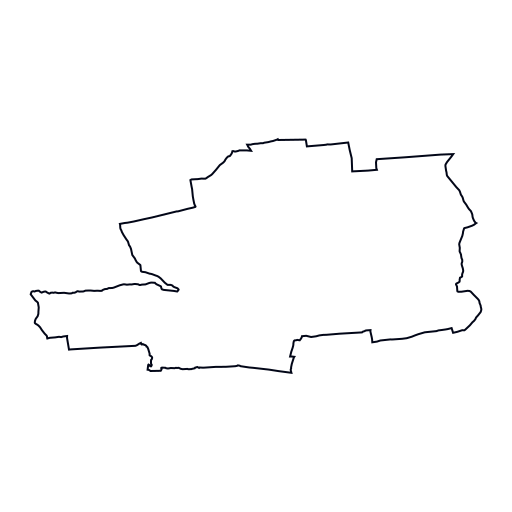 the district of Tanasoaia, Vrancea, Romania
{"feature_id": "2599482B41706527449464", "entity_name": "Tanasoaia", "entity_type": "district", "adm_level": 2, "iso_a3": "ROU", "parent_name": "Romania", "parent_adm1": "Vrancea", "projection": "equal_earth", "projection_center": [27.348, 46.108], "detail": "fine", "context": "isolated", "style": "outline", "palette": "ink", "viewbox_px": 512, "rotation_deg": 0, "n_neighbors": 0, "source": "geoboundaries", "source_scale": "gbopen_adm2", "svg_char_len": 6039}
<svg xmlns="http://www.w3.org/2000/svg" viewBox="0 0 512 512"><path d="M464.3,330.3L465.2,329.7L469.9,325.3L472.4,322.3L474.1,320.8L475.4,319.1L476.1,317.5L478.0,315.4L480.6,312.1L481.0,311.0L481.3,309.8L481.3,309.0L481.0,307.6L480.8,307.0L480.6,305.5L479.6,303.1L479.3,301.2L478.7,300.0L477.8,298.9L473.8,294.9L471.2,292.1L470.7,291.6L469.5,291.0L467.6,290.8L461.6,291.7L458.5,291.8L457.9,291.6L457.5,291.4L457.3,290.9L457.0,286.5L456.0,284.4L456.0,284.1L456.5,283.5L458.5,282.5L459.5,281.7L459.7,280.8L459.6,279.9L460.0,277.7L461.3,277.1L462.1,276.5L462.1,274.6L462.4,273.4L463.1,271.7L463.2,270.5L462.8,268.3L461.9,265.5L461.6,264.1L461.7,263.2L462.1,262.2L462.3,261.2L462.2,259.7L461.5,258.1L461.2,256.4L461.0,254.6L460.3,252.9L459.8,251.9L459.6,251.2L459.8,247.9L459.2,244.4L459.3,243.7L459.4,243.1L459.9,241.8L462.3,235.9L462.9,233.4L463.1,231.6L464.1,228.4L464.4,228.1L467.6,227.3L472.1,225.7L474.1,224.7L475.6,223.5L476.2,223.1L475.6,222.8L474.9,221.9L474.1,220.8L473.0,218.3L472.6,217.0L472.3,214.6L471.9,213.4L470.9,211.1L469.1,209.2L468.1,207.8L466.2,204.6L463.8,201.4L463.4,200.2L462.6,197.4L461.8,196.0L460.9,194.7L459.9,191.6L459.2,190.2L456.2,187.0L453.1,183.2L447.3,176.1L447.0,175.5L446.8,174.8L446.5,172.3L446.1,170.7L445.5,166.7L445.4,165.7L445.5,164.7L445.8,164.1L447.0,162.1L451.4,156.6L453.2,154.1L440.5,154.6L405.0,157.3L376.7,159.2L376.0,162.3L376.3,168.1L376.9,169.8L368.0,170.6L352.2,171.4L351.7,158.2L349.7,150.0L348.2,142.5L330.5,144.5L327.2,144.4L326.3,144.7L323.8,145.0L306.9,146.4L305.9,140.2L305.6,139.6L278.2,140.0L277.8,139.2L277.1,139.6L273.0,141.0L270.9,141.4L268.3,142.1L267.0,142.3L264.3,142.7L263.0,143.2L260.7,143.2L257.5,143.7L254.9,143.8L252.3,144.2L250.7,144.7L247.2,144.7L247.8,145.8L248.0,146.5L249.9,148.8L251.1,150.8L246.8,150.4L240.3,150.4L239.8,150.3L237.9,151.0L235.7,151.5L234.6,151.5L233.4,151.1L232.4,151.2L232.0,152.8L231.3,154.1L230.0,155.9L229.4,156.2L228.6,156.3L228.1,156.5L226.8,157.7L225.3,159.7L224.9,160.7L224.0,161.8L223.1,162.7L219.8,165.1L216.1,169.7L212.2,174.1L211.2,175.0L207.6,177.2L206.3,178.2L205.2,178.7L201.4,178.6L197.9,179.1L191.8,179.4L191.4,179.5L190.4,180.1L191.6,186.7L192.1,189.1L192.8,196.3L193.4,199.7L194.2,203.6L194.8,205.2L195.1,205.6L195.5,206.6L195.3,206.9L192.7,207.7L187.7,208.8L177.9,211.4L176.7,211.4L151.9,217.5L143.9,219.2L133.8,221.5L127.5,222.7L124.7,223.0L119.9,223.9L120.1,224.7L120.3,228.0L120.6,229.1L121.3,230.3L121.9,232.0L123.6,235.1L126.2,239.1L127.2,240.5L127.6,241.0L128.0,241.7L129.1,245.4L129.5,245.8L130.1,246.7L131.0,248.9L132.3,255.0L134.9,258.5L135.5,259.9L136.7,262.0L137.3,262.7L140.2,264.9L140.4,265.2L140.9,270.4L141.0,271.0L141.2,271.3L142.1,271.8L145.4,272.2L149.7,273.7L150.7,273.8L152.2,274.2L155.9,275.6L156.9,275.9L158.5,276.7L160.7,278.4L164.8,282.7L167.3,284.7L167.7,284.9L168.3,284.9L170.7,284.9L171.6,285.2L172.5,285.6L173.1,286.4L174.3,287.1L177.5,288.3L178.5,289.4L178.6,289.7L177.6,291.1L177.2,291.5L173.6,290.9L163.8,289.9L162.1,289.4L161.7,289.0L161.3,288.0L161.0,286.5L160.4,286.1L156.6,284.3L155.5,283.5L154.9,282.8L152.0,282.6L151.0,282.6L149.2,283.0L145.5,284.4L141.9,284.6L140.3,285.0L139.5,285.0L138.1,284.3L135.3,284.0L134.3,284.0L131.4,284.5L130.0,284.4L126.9,284.7L124.4,284.3L123.5,284.3L119.7,285.3L113.8,287.6L112.2,288.0L108.7,288.1L107.1,288.9L104.9,289.1L103.1,289.8L102.0,290.5L101.8,290.8L100.2,290.9L97.4,290.7L94.3,290.9L90.4,290.5L85.9,290.6L85.3,290.7L83.6,291.4L82.7,291.5L79.3,291.6L77.7,291.2L76.8,291.5L75.5,292.4L74.0,292.8L72.8,292.7L71.7,293.3L71.2,293.4L69.1,293.5L64.1,292.8L58.3,293.1L56.3,292.7L55.1,292.4L53.6,292.8L52.2,292.6L50.6,292.8L50.0,293.3L49.3,293.6L47.3,292.6L45.7,291.5L44.3,291.6L43.0,292.0L41.7,292.6L41.0,292.3L39.7,291.5L39.0,290.8L38.1,290.6L37.3,290.8L36.0,290.9L34.6,291.5L33.1,291.2L32.1,291.5L31.4,292.1L30.7,294.3L35.3,300.4L37.3,302.0L37.9,302.7L38.7,307.2L38.7,307.9L38.4,311.9L38.4,313.1L38.3,314.1L37.6,316.3L35.9,318.6L35.5,319.4L35.0,320.8L34.8,322.3L34.8,322.8L35.0,323.2L36.0,324.0L37.3,324.7L38.5,325.6L40.1,327.3L41.9,330.1L44.7,333.7L46.6,335.6L47.0,336.5L47.2,338.2L47.3,338.5L49.8,337.8L55.1,337.4L59.0,336.8L61.2,337.1L63.1,336.5L67.1,336.0L67.0,337.3L67.1,338.4L69.0,349.6L70.8,349.4L100.1,347.6L135.5,345.8L137.1,345.1L139.2,343.7L140.9,342.9L141.3,344.2L141.7,344.5L142.1,344.5L142.5,344.1L143.0,344.2L143.7,344.4L144.2,344.9L145.0,345.0L146.2,345.7L146.5,346.6L146.9,346.7L147.4,347.1L148.2,348.9L149.6,353.6L149.6,355.2L150.1,355.7L151.3,356.3L151.9,357.0L152.1,357.4L152.1,358.1L151.8,359.1L151.6,359.5L151.1,359.9L151.0,360.8L151.0,363.3L151.2,364.0L151.7,364.8L151.6,365.5L151.1,366.3L150.6,366.3L150.2,366.2L149.4,365.1L148.5,364.6L148.2,365.0L147.8,368.0L147.6,369.7L148.6,369.8L149.2,370.1L150.3,370.8L150.5,371.0L160.7,370.8L160.9,370.6L161.3,369.8L161.6,369.0L161.2,368.1L161.3,367.9L162.0,367.6L165.5,367.8L166.0,368.2L167.7,368.5L168.7,368.4L170.8,368.0L174.5,368.2L176.0,367.8L176.9,368.0L178.7,367.8L180.7,368.8L182.7,369.2L187.4,368.9L188.2,369.2L189.2,369.2L191.4,369.1L191.9,368.9L194.7,368.3L194.8,368.1L195.0,367.7L197.3,367.0L199.1,367.9L199.5,367.5L203.4,367.7L215.3,366.9L225.9,366.8L235.3,366.2L237.2,365.8L237.7,365.4L238.0,365.4L239.7,365.7L240.6,366.2L249.4,367.5L253.0,367.8L268.9,369.6L278.5,371.1L291.4,372.8L290.8,370.5L290.7,369.5L291.1,368.5L291.1,367.3L291.8,363.9L293.8,357.6L294.3,356.8L291.7,356.5L290.1,356.5L291.3,351.7L292.6,347.9L293.2,345.7L293.4,344.3L293.4,343.3L293.8,341.4L294.1,340.8L294.6,340.4L295.9,340.3L297.3,339.9L299.7,340.3L301.1,338.5L301.9,336.8L302.0,336.2L306.2,335.8L311.1,337.0L316.1,336.3L319.4,335.4L323.2,334.9L326.5,334.8L339.6,333.7L362.0,332.4L362.8,331.7L364.7,331.1L365.4,330.6L366.4,330.4L370.5,330.1L370.4,331.4L370.5,332.0L371.7,337.1L372.1,339.4L372.3,342.3L377.0,341.6L380.3,340.5L390.5,339.4L391.4,339.5L393.5,339.4L402.1,338.8L406.7,338.2L411.8,336.7L415.0,335.4L418.3,334.2L424.8,332.3L436.5,331.1L438.5,330.4L441.8,330.0L445.3,329.5L447.6,329.1L451.6,328.1L453.1,332.8L457.4,331.8L462.2,330.2L464.3,330.3Z" fill="none" stroke="#020617" stroke-width="2"/></svg>